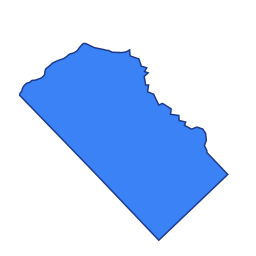 outline of Clinton, Iowa, United States of America, rotated 226°
{"feature_id": "52423323B69668368996820", "entity_name": "Clinton", "entity_type": "district", "adm_level": 2, "iso_a3": "USA", "parent_name": "United States of America", "parent_adm1": "Iowa", "projection": "orthographic", "projection_center": [-90.349, 41.881], "detail": "fine", "context": "isolated", "style": "filled", "palette": "blue", "viewbox_px": 256, "rotation_deg": 226, "n_neighbors": 0, "source": "geoboundaries", "source_scale": "gbopen_adm2", "svg_char_len": 1135}
<svg xmlns="http://www.w3.org/2000/svg" viewBox="0 0 256 256"><g transform="rotate(226 128 128)"><path d="M25.7,103.9L25.3,167.5L55.7,167.7L56.8,168.9L62.3,170.8L64.7,175.8L70.3,180.1L75.3,181.1L80.9,178.1L83.0,172.9L90.6,170.5L92.2,173.6L97.9,170.0L101.7,173.3L108.3,168.1L111.8,172.3L121.7,169.9L123.2,166.1L134.5,169.9L140.5,167.2L144.6,172.7L146.5,170.5L153.9,175.5L153.7,180.8L157.2,179.1L158.3,183.3L163.2,180.5L170.1,183.8L178.4,179.6L183.1,183.4L183.4,181.5L184.6,178.6L186.8,175.7L193.3,169.4L197.5,167.7L198.8,166.5L201.5,164.9L203.2,163.7L208.6,160.0L210.1,159.2L217.9,156.4L219.5,155.0L219.8,154.1L219.9,153.2L219.6,149.3L218.9,145.5L219.0,144.3L219.5,141.8L219.6,141.3L221.4,138.0L221.9,136.6L222.0,133.5L222.7,129.7L224.0,127.1L226.2,121.9L227.1,118.7L227.2,115.5L227.6,110.6L227.6,109.9L227.3,109.1L226.2,107.3L225.2,106.3L224.3,104.8L224.0,103.4L224.2,100.7L224.8,98.9L227.0,94.2L228.4,92.7L229.0,91.6L229.1,89.1L230.6,86.2L230.7,83.6L230.4,81.5L229.7,79.4L228.5,77.5L228.2,76.6L228.1,75.1L227.7,74.1L227.6,73.7L226.8,72.8L120.3,72.9L25.9,72.2L25.7,103.9Z" fill="#3b82f6" stroke="#1e3a8a" stroke-width="1.5"/></g></svg>